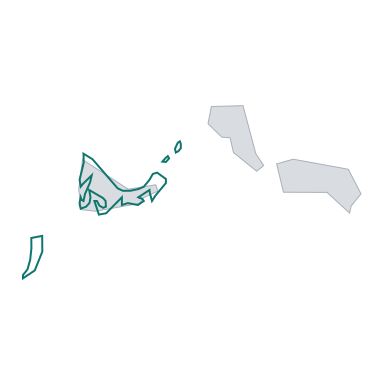 location of Providenciales and West Caicos within Turks and Caicos Islands
{"feature_id": "TCA-5005", "entity_name": "Providenciales and West Caicos", "entity_type": "state/province", "adm_level": 1, "iso_a3": "TCA", "parent_name": "Turks and Caicos Islands", "parent_adm1": "", "projection": "equal_earth", "projection_center": [-72.259, 21.758], "detail": "fine", "context": "in_parent", "style": "outline", "palette": "teal", "viewbox_px": 384, "rotation_deg": 0, "n_neighbors": 0, "source": "natural_earth", "source_scale": "10m", "svg_char_len": 1448}
<svg xmlns="http://www.w3.org/2000/svg" viewBox="0 0 384 384"><path d="M351.2,205.9L349.6,213.1L327.0,192.4L283.5,192.2L276.6,163.9L293.2,159.2L348.3,169.3L361.0,193.9L351.2,205.9ZM82.5,159.6L128.2,189.2L155.7,184.8L157.9,191.1L143.0,197.9L139.4,203.4L95.3,211.2L81.4,209.7L78.7,189.7L82.5,159.6ZM263.7,165.5L256.7,171.2L233.5,152.6L230.1,137.8L221.8,137.1L208.0,123.7L211.4,106.5L243.0,105.7L255.8,153.7L263.7,165.5Z" fill="#d9dde1" stroke="#a8b0b8" stroke-width="1"/><path d="M80.7,186.7L79.6,179.7L83.7,162.8L83.5,153.7L92.5,159.2L117.6,188.3L122.9,190.8L130.8,190.7L138.6,189.0L143.8,186.7L149.5,179.8L152.8,174.0L157.1,172.6L165.9,179.0L165.9,183.0L155.2,195.9L152.0,201.0L149.9,193.2L149.5,190.0L138.3,197.3L139.8,198.0L141.2,198.3L142.5,199.1L143.8,201.0L137.9,205.0L127.8,203.1L121.9,205.0L121.9,197.3L106.1,213.3L98.9,214.6L94.4,201.0L96.9,201.0L99.4,205.6L103.1,207.8L105.9,206.7L105.6,201.0L103.1,198.1L89.2,190.0L90.5,197.3L89.5,202.9L86.2,206.6L80.7,208.7L79.8,205.1L79.6,202.6L80.0,200.4L80.7,197.3L81.4,199.6L81.6,200.0L82.0,200.0L83.5,201.0L85.0,194.0L90.1,182.3L91.7,175.3L83.1,183.7L80.7,186.7ZM31.3,238.0L42.2,235.9L42.3,251.6L34.8,270.4L23.0,278.3L23.0,275.0L27.5,269.4L30.2,259.7L31.4,248.4L31.3,238.0ZM177.7,142.9L179.8,141.3L180.8,143.8L180.8,148.2L178.4,151.2L175.8,152.5L175.0,148.8L177.7,142.9ZM165.7,157.9L167.8,156.1L169.1,158.4L165.9,162.0L162.4,161.6L165.7,157.9Z" fill="none" stroke="#0f766e" stroke-width="2"/></svg>